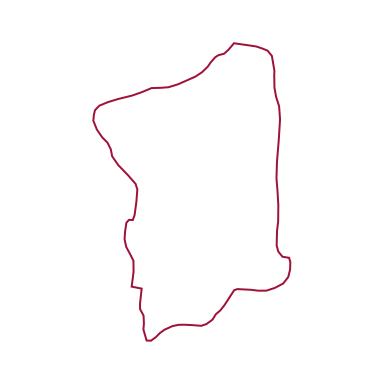 the district of Douigni, Nyanga, Gabon, rotated 99°
{"feature_id": "22940354B25852434445694", "entity_name": "Douigni", "entity_type": "district", "adm_level": 2, "iso_a3": "GAB", "parent_name": "Gabon", "parent_adm1": "Nyanga", "projection": "orthographic", "projection_center": [10.944, -2.448], "detail": "fine", "context": "isolated", "style": "outline", "palette": "rose", "viewbox_px": 384, "rotation_deg": 99, "n_neighbors": 0, "source": "geoboundaries", "source_scale": "gbopen_adm2", "svg_char_len": 1342}
<svg xmlns="http://www.w3.org/2000/svg" viewBox="0 0 384 384"><g transform="rotate(99 192 192)"><path d="M294.9,236.8L295.3,226.6L310.1,225.9L315.7,225.0L321.7,220.5L329.6,218.9L335.4,218.5L345.8,213.6L345.3,209.3L340.8,204.8L336.4,201.7L332.4,197.7L327.5,190.3L325.2,184.2L324.2,178.1L323.4,170.5L322.7,161.9L320.2,157.1L314.9,151.8L309.0,149.3L304.5,145.5L298.6,142.2L291.2,138.9L282.4,135.0L280.8,132.0L279.4,118.8L279.1,111.2L277.8,103.1L273.8,95.2L268.1,87.6L260.8,83.6L253.2,83.0L245.9,83.9L241.8,85.8L241.8,92.5L237.3,97.5L231.6,100.0L217.5,101.9L207.6,102.3L191.4,104.7L176.4,108.0L165.3,110.7L148.8,112.8L126.5,114.5L106.5,116.4L93.6,119.4L84.9,123.8L76.0,126.9L65.7,128.7L64.1,129.0L59.3,129.6L50.6,132.5L45.1,134.4L40.6,139.4L39.4,144.4L38.2,151.4L38.3,160.4L38.4,165.5L38.5,173.8L45.8,178.2L50.4,181.9L52.7,187.2L55.1,190.0L60.7,193.6L65.8,196.1L72.2,200.9L77.4,206.6L82.3,214.1L87.9,222.8L92.2,231.6L94.0,239.3L95.7,248.2L101.3,257.3L106.1,266.2L111.9,279.9L116.5,289.3L121.3,297.1L126.4,300.6L131.0,301.0L137.0,300.6L145.1,295.8L152.0,289.3L156.6,283.1L162.5,278.9L169.3,276.4L177.1,268.9L185.3,258.0L192.8,249.0L198.0,246.4L210.3,245.4L223.8,245.1L228.9,246.1L229.4,249.9L232.7,252.0L241.8,251.9L249.2,251.2L256.5,248.4L263.2,243.3L269.0,239.1L280.2,237.2L294.9,236.8Z" fill="none" stroke="#9f1239" stroke-width="2"/></g></svg>